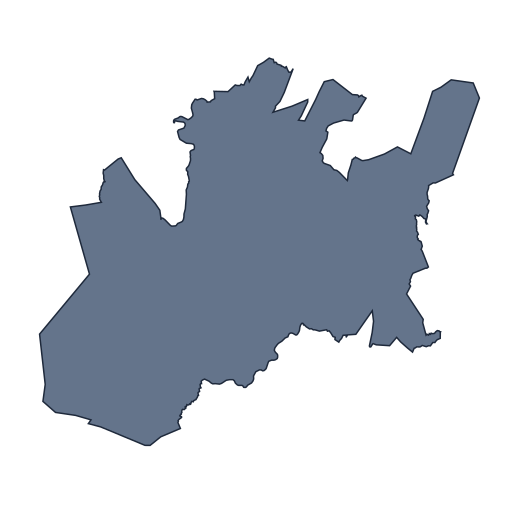 the district of Copalillo, Guerrero, Mexico, rotated 5°
{"feature_id": "50627088B95140334910762", "entity_name": "Copalillo", "entity_type": "district", "adm_level": 2, "iso_a3": "MEX", "parent_name": "Mexico", "parent_adm1": "Guerrero", "projection": "natural_earth1", "projection_center": [-99.014, 17.982], "detail": "fine", "context": "isolated", "style": "filled", "palette": "slate", "viewbox_px": 512, "rotation_deg": 5, "n_neighbors": 0, "source": "geoboundaries", "source_scale": "gbopen_adm2", "svg_char_len": 6083}
<svg xmlns="http://www.w3.org/2000/svg" viewBox="0 0 512 512"><g transform="rotate(5 256 256)"><path d="M47.2,352.7L57.2,402.3L56.4,419.4L69.9,429.3L90.2,430.5L105.9,433.6L103.6,437.6L116.2,439.8L161.9,454.3L167.0,453.9L176.9,444.4L195.7,434.4L192.7,428.6L193.1,427.4L192.7,426.8L193.5,425.5L195.9,423.4L195.8,422.6L194.2,422.1L194.0,421.8L194.3,421.1L195.4,420.1L195.2,419.3L195.8,418.4L195.5,417.0L195.7,415.9L196.4,415.1L197.7,415.3L199.4,413.6L199.3,413.2L198.5,412.6L198.8,412.1L199.8,411.9L200.1,410.1L200.9,410.4L202.1,410.1L202.9,409.0L203.7,409.4L204.0,408.9L204.0,407.8L204.8,406.4L206.2,406.7L206.6,405.5L208.8,404.2L209.0,403.3L209.7,402.3L210.1,401.0L210.2,400.2L210.9,399.8L210.1,397.5L210.4,396.8L211.6,395.9L210.9,393.4L211.1,392.9L212.7,392.1L212.0,391.1L211.5,389.0L211.9,388.1L212.9,387.9L212.3,385.5L213.5,384.2L215.5,383.1L220.1,384.8L222.5,386.5L224.1,387.1L226.6,386.7L230.8,386.8L232.8,385.9L237.2,382.4L240.4,381.5L243.8,381.2L245.2,382.1L246.6,384.5L248.7,386.1L249.9,386.4L253.2,386.1L254.0,386.3L255.2,387.9L256.8,387.9L257.7,387.4L259.1,385.3L262.6,382.9L263.9,380.7L264.4,378.7L264.0,375.7L265.9,371.3L269.5,369.1L271.2,369.1L272.6,369.8L273.9,369.5L275.4,368.1L276.0,367.0L277.5,360.7L278.0,359.7L280.6,358.4L283.0,358.2L284.5,357.6L286.1,356.3L286.4,354.9L286.2,352.8L285.7,351.9L283.7,350.2L282.5,348.5L282.6,346.9L282.9,345.7L284.7,342.7L285.9,341.1L289.2,338.6L292.2,335.1L294.8,333.7L295.5,331.1L296.7,329.9L297.7,329.6L299.4,329.8L302.4,331.2L303.4,331.1L304.3,330.0L305.4,327.7L305.8,326.2L305.9,323.1L306.4,321.0L307.3,319.3L307.7,319.0L308.5,319.0L309.2,320.2L309.4,319.8L312.3,322.2L315.7,324.0L317.6,323.6L319.5,324.6L320.2,324.4L321.7,324.5L325.7,325.3L332.8,323.3L333.7,324.7L335.4,324.2L337.3,326.2L339.7,329.5L342.0,330.1L342.1,330.7L341.8,331.8L342.0,332.4L346.0,334.6L346.7,332.9L348.4,330.7L349.7,327.4L352.9,326.9L352.8,329.2L354.2,326.6L362.3,325.3L376.6,300.4L378.8,310.8L378.4,322.2L376.8,335.7L377.1,336.5L377.6,336.7L378.3,336.5L379.9,333.4L380.4,333.1L383.5,334.0L396.9,333.7L403.2,324.8L407.6,329.0L415.0,334.5L420.3,338.1L421.6,334.1L422.7,333.7L424.0,332.5L427.2,332.3L427.9,331.9L429.4,330.6L433.5,331.5L435.6,330.4L437.6,330.3L439.6,326.8L441.8,326.6L442.2,325.7L443.8,323.6L446.7,322.0L446.3,316.2L446.5,315.4L445.6,315.4L445.0,314.7L443.1,314.5L441.5,316.0L440.9,317.1L440.2,317.7L438.1,318.0L437.2,317.6L436.6,318.8L435.4,318.2L435.2,319.2L434.6,319.8L433.1,319.0L432.3,320.0L427.9,308.0L428.1,304.5L409.3,280.7L412.6,272.5L411.0,270.5L412.1,268.1L411.4,266.2L412.0,265.1L412.9,261.7L413.9,259.5L425.8,253.4L427.4,253.2L428.7,251.9L421.4,237.1L420.6,235.8L419.9,235.2L420.8,231.7L419.3,227.6L419.0,227.2L418.1,227.1L417.9,226.6L416.7,226.3L415.7,225.5L416.1,224.8L415.1,223.7L414.9,222.2L415.1,221.1L415.8,220.3L414.8,218.2L413.8,217.2L413.8,215.0L413.3,214.0L413.6,213.3L413.2,212.7L413.1,211.7L413.3,210.7L413.1,209.7L413.1,207.6L412.5,205.8L411.5,205.1L411.5,203.0L410.6,202.4L410.5,202.0L411.3,201.4L411.8,201.3L414.6,202.1L415.1,201.7L415.4,200.9L416.0,200.9L418.0,202.1L420.2,204.1L421.9,204.3L421.9,207.5L423.0,209.2L423.7,209.0L423.1,208.5L422.9,207.6L422.3,206.9L423.2,201.8L422.9,199.6L423.4,198.6L424.0,195.9L422.5,194.0L421.6,191.6L423.4,188.1L423.7,185.9L422.4,184.7L422.1,184.0L421.7,181.3L421.1,179.7L420.9,177.8L421.9,173.7L422.0,172.1L421.8,170.8L426.1,167.7L428.4,167.6L445.6,157.9L444.6,156.6L464.8,79.2L457.3,64.7L435.1,63.5L425.6,71.7L417.6,76.6L411.3,104.2L401.3,140.7L387.4,135.0L375.1,143.2L359.7,150.3L354.1,151.7L353.0,151.6L348.2,149.5L347.1,149.3L346.5,148.8L346.0,149.6L345.0,150.0L344.6,151.0L343.5,151.4L342.6,157.1L340.7,165.2L340.6,172.0L340.4,172.9L331.8,165.5L329.0,163.7L326.1,163.3L322.1,159.4L316.3,157.9L315.0,157.3L313.7,155.5L314.3,152.8L313.8,150.0L312.1,148.2L310.7,147.5L312.5,142.0L316.3,133.2L316.8,126.4L314.8,125.3L315.2,122.8L316.6,120.1L321.7,116.8L331.8,112.9L339.3,113.2L339.9,112.9L340.3,112.0L340.6,107.1L340.9,106.6L343.8,104.7L344.5,104.0L351.9,89.2L348.0,87.5L347.5,86.6L346.8,86.8L344.6,88.5L344.1,87.3L343.0,86.7L337.9,86.8L317.3,73.5L308.8,76.4L304.7,86.6L301.8,94.9L292.8,117.2L286.5,117.0L288.9,112.4L294.1,98.1L293.9,95.6L278.8,103.6L260.4,111.3L262.5,106.7L262.3,105.1L266.4,99.9L269.9,90.6L276.7,66.1L274.8,69.8L272.7,70.0L271.3,67.9L269.7,64.8L269.0,65.3L268.7,66.1L265.8,64.7L264.8,64.8L264.8,64.3L264.2,63.8L260.3,63.0L259.9,62.1L259.0,61.3L258.4,61.3L257.3,61.8L256.0,58.6L254.8,58.5L251.9,57.7L246.6,62.4L241.1,66.2L237.2,76.7L235.9,78.9L234.1,83.0L232.4,78.5L230.1,83.3L229.1,86.6L227.7,86.7L226.2,86.1L225.1,87.6L222.2,87.8L220.4,87.4L213.8,94.7L199.8,95.6L200.2,96.6L201.1,102.9L197.8,105.1L197.2,106.4L193.9,107.0L193.7,106.2L191.8,104.8L190.0,104.0L188.0,103.8L183.7,105.7L182.7,105.1L181.7,105.1L179.4,109.3L178.8,110.9L178.7,114.3L180.4,118.9L181.0,121.0L180.7,122.3L179.2,124.1L177.3,125.7L176.2,126.1L170.3,123.7L169.0,123.5L168.0,123.8L166.5,125.2L163.0,126.9L162.3,127.8L162.1,128.6L162.3,130.0L162.7,130.4L163.1,130.3L163.3,128.9L164.2,128.3L165.9,128.7L172.1,128.9L173.3,129.6L173.9,130.6L174.1,132.2L173.0,134.9L167.8,137.2L167.0,138.8L169.0,144.5L170.2,146.5L176.8,149.7L181.8,149.7L183.8,150.1L184.6,150.9L185.1,152.2L185.2,154.3L184.8,155.3L182.9,156.2L182.0,156.8L181.2,158.1L182.0,161.6L181.8,162.7L182.3,164.7L182.4,166.8L181.4,171.0L180.8,172.4L179.1,174.7L179.0,175.5L179.3,176.9L180.5,177.7L180.7,178.2L180.8,180.6L181.8,182.6L183.0,186.9L183.0,187.3L182.4,187.9L182.6,189.3L181.8,190.3L181.7,193.3L180.7,196.3L181.3,200.6L181.5,215.3L180.6,220.5L180.8,223.5L180.5,226.0L179.7,227.8L178.9,228.5L175.2,230.4L173.9,232.5L173.2,233.0L169.4,233.6L168.1,233.0L162.2,227.9L160.2,226.6L158.9,226.3L158.5,226.5L158.0,228.2L157.9,226.2L156.2,218.8L150.9,212.4L128.6,190.5L113.2,169.9L110.2,171.4L97.6,183.6L96.6,183.3L96.5,186.8L97.3,189.1L97.6,192.5L98.0,193.1L98.2,194.1L99.1,195.1L98.9,195.4L98.0,195.3L97.4,196.0L96.9,198.6L95.8,200.6L95.9,203.2L95.0,204.8L94.7,207.9L95.0,208.6L94.7,210.4L95.2,211.4L95.3,213.1L97.3,216.0L81.7,220.1L66.8,223.3L91.7,288.6L47.2,352.7Z" fill="#64748b" stroke="#1e293b" stroke-width="1.5"/></g></svg>